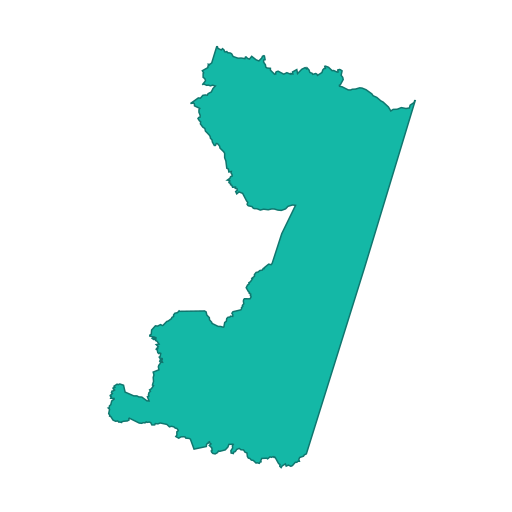 Colniza, Mato Grosso, Brazil, rotated 107°
{"feature_id": "56859067B44233830293285", "entity_name": "Colniza", "entity_type": "district", "adm_level": 2, "iso_a3": "BRA", "parent_name": "Brazil", "parent_adm1": "Mato Grosso", "projection": "robinson", "projection_center": [-60.12, -9.423], "detail": "fine", "context": "isolated", "style": "filled", "palette": "teal", "viewbox_px": 512, "rotation_deg": 107, "n_neighbors": 0, "source": "geoboundaries", "source_scale": "gbopen_adm2", "svg_char_len": 6057}
<svg xmlns="http://www.w3.org/2000/svg" viewBox="0 0 512 512"><g transform="rotate(107 256 256)"><path d="M67.3,354.8L84.3,354.8L86.1,356.1L86.6,357.7L87.4,356.7L88.3,357.5L89.9,357.1L94.5,361.5L96.2,359.6L97.0,359.9L100.6,358.8L101.3,356.9L102.8,355.7L103.5,355.6L107.9,357.4L106.8,356.2L107.2,353.1L106.5,351.5L106.6,349.3L105.3,347.4L105.3,344.6L108.4,346.1L112.2,346.7L114.8,349.3L116.5,349.6L116.8,351.5L117.9,353.8L121.3,355.3L121.7,357.4L129.3,363.2L128.0,360.4L128.4,359.5L130.4,358.7L131.3,352.9L132.8,353.3L135.2,352.6L137.8,350.5L139.6,350.1L140.3,351.3L141.5,351.7L143.2,349.7L143.8,348.2L145.9,347.8L148.3,344.6L149.0,342.2L151.3,340.9L154.1,335.9L155.4,334.5L156.5,334.2L157.9,332.0L159.8,331.0L162.5,328.2L162.1,327.1L160.0,326.9L159.8,325.7L161.4,323.1L163.4,321.9L165.8,317.3L167.0,316.0L171.2,314.7L173.9,312.6L180.6,309.6L180.9,307.9L183.6,306.5L182.4,304.3L183.8,304.2L185.0,302.8L186.5,302.2L187.6,303.5L189.3,303.7L191.8,305.6L191.4,303.4L191.9,302.9L193.3,303.6L194.0,302.8L193.9,301.6L195.3,301.2L195.4,299.9L197.1,298.5L196.1,295.8L197.4,295.6L197.1,293.9L198.6,293.1L200.3,294.3L202.2,292.6L199.7,291.0L200.0,287.1L206.1,281.1L207.0,279.6L209.2,279.6L209.9,278.7L210.2,278.0L209.9,274.3L210.9,273.0L211.2,271.6L210.5,268.9L210.8,265.3L209.0,262.4L208.2,257.8L206.4,254.7L205.7,252.1L205.7,248.6L205.0,245.1L202.3,241.5L199.1,239.9L196.5,235.9L196.0,233.0L227.1,237.9L258.4,238.4L259.9,239.0L260.1,241.5L264.2,244.3L265.7,244.6L265.5,245.2L266.0,245.5L267.6,245.8L268.8,248.1L270.7,249.3L271.7,251.1L274.3,252.1L275.9,251.5L278.1,253.2L278.6,253.4L278.7,252.7L282.2,253.8L283.6,255.0L284.5,254.4L286.3,255.6L289.2,256.1L292.4,252.7L292.7,251.6L293.7,251.5L294.0,249.9L295.5,249.8L295.9,249.0L297.2,248.8L298.7,249.3L300.3,254.6L301.3,255.0L302.8,254.9L305.3,253.7L307.2,254.6L308.2,254.0L309.5,254.8L310.4,254.4L311.9,254.7L316.0,261.7L317.8,262.3L319.1,260.9L320.6,260.6L321.0,262.8L322.2,263.2L322.7,264.8L324.3,265.7L327.2,265.3L328.7,266.5L333.2,266.0L333.7,266.6L333.7,269.0L334.4,271.7L333.3,278.4L332.4,278.9L330.6,281.8L328.6,282.6L326.8,285.8L324.1,287.3L323.6,289.1L331.2,312.7L330.9,313.5L333.1,314.5L334.5,316.9L336.5,317.6L338.0,317.1L339.2,318.4L340.7,318.6L343.8,320.9L344.7,322.2L349.6,324.7L349.9,325.3L349.5,327.2L351.8,329.6L352.2,331.8L357.3,334.2L361.4,333.3L362.7,334.4L363.6,334.2L363.4,330.6L364.1,330.5L365.1,331.3L365.8,329.4L365.5,328.7L363.3,329.3L363.4,327.8L366.2,327.2L366.5,325.6L368.6,323.0L369.9,325.5L371.3,322.9L372.3,323.5L373.2,322.9L373.6,324.1L374.5,324.1L374.6,323.0L377.1,321.7L377.7,320.4L376.9,319.9L377.0,318.6L380.2,318.3L381.0,319.0L381.8,318.1L381.5,315.7L382.2,315.4L382.7,315.7L383.2,317.2L384.8,317.3L384.9,316.7L384.1,316.7L383.6,315.4L385.0,314.3L385.5,316.4L386.5,316.1L389.0,317.0L390.5,317.0L393.2,315.6L397.1,320.4L399.6,318.8L402.2,318.8L405.9,317.3L409.7,317.3L410.0,316.1L413.6,317.3L415.1,318.6L416.2,317.4L418.0,318.4L420.1,318.3L421.2,317.5L422.3,318.7L425.9,315.9L426.4,318.0L424.3,323.9L425.0,326.9L424.6,328.9L425.5,332.0L424.4,341.4L418.3,344.9L418.2,348.8L419.3,350.2L419.2,351.4L422.0,353.7L422.9,352.6L424.0,354.1L424.6,353.9L425.5,352.1L426.7,353.0L427.2,354.2L428.9,354.3L429.6,353.1L431.7,354.5L432.4,353.6L432.6,354.2L433.7,353.1L434.5,353.3L433.7,350.1L434.3,349.8L436.8,351.6L440.7,351.4L442.1,352.3L444.1,352.0L444.6,352.8L445.4,351.2L449.8,350.8L451.1,349.2L451.9,349.2L452.1,347.8L454.7,344.8L455.1,341.9L454.2,340.1L455.0,338.5L454.6,338.0L454.5,335.9L453.9,335.9L452.8,334.4L451.4,330.9L450.0,329.5L448.7,330.1L448.1,329.8L449.9,318.9L449.4,316.3L448.4,315.3L448.0,313.3L446.7,312.5L447.0,311.6L446.0,309.5L446.1,308.0L448.0,306.2L447.4,304.2L447.1,303.5L445.7,303.3L445.2,300.7L443.7,298.8L443.1,292.0L444.7,288.8L443.6,287.2L443.4,284.7L444.2,282.9L444.0,281.3L445.2,279.6L445.8,279.3L447.3,280.3L450.4,279.3L452.1,279.9L452.8,276.6L450.9,274.9L449.9,272.1L449.8,270.9L450.7,269.9L450.0,266.5L450.3,265.2L458.8,258.8L452.7,247.8L450.8,248.2L449.6,247.8L449.1,247.0L448.1,247.1L447.3,246.2L448.2,245.8L448.9,244.1L450.8,245.3L452.4,242.2L454.9,241.1L455.5,241.8L456.5,241.1L457.4,239.6L457.2,237.2L455.2,235.3L453.5,234.9L453.4,233.6L450.4,228.7L446.9,227.0L444.1,226.9L442.8,223.4L442.8,222.7L444.4,223.1L446.4,222.2L449.5,223.1L451.7,222.2L451.5,219.9L450.3,220.1L449.0,218.6L446.6,217.9L445.2,216.2L444.9,215.7L445.7,213.8L445.1,211.2L446.8,209.2L447.0,207.1L450.3,205.6L451.5,204.2L451.4,202.7L452.5,200.8L452.3,198.8L454.0,195.4L453.4,194.6L453.3,192.2L451.9,191.9L451.3,191.0L450.4,191.6L447.9,191.3L446.2,186.6L446.6,185.6L444.0,183.9L444.0,182.3L442.9,181.0L443.3,179.9L442.8,179.8L442.9,178.9L448.0,173.6L448.3,172.1L450.1,171.8L451.0,170.1L449.1,169.6L446.2,167.1L448.1,165.7L446.5,163.9L446.9,161.2L445.8,159.9L441.8,158.1L441.4,156.7L440.0,155.8L439.6,154.5L438.0,155.6L435.9,155.3L433.6,152.1L432.0,151.6L430.5,150.0L235.7,148.8L60.9,149.2L61.0,149.7L63.0,149.7L66.7,152.7L69.6,152.6L71.1,155.7L71.6,160.4L74.4,163.9L75.7,167.7L77.9,169.5L74.8,172.9L71.6,179.5L71.1,182.1L69.0,186.9L68.5,190.9L67.1,192.6L64.8,199.4L64.4,203.7L64.9,206.1L67.3,209.7L68.4,212.7L69.6,214.1L70.2,216.4L69.0,223.2L69.3,225.7L68.3,226.2L67.5,225.4L61.8,224.2L59.8,225.3L58.3,227.4L53.8,227.8L53.2,229.7L53.2,230.7L54.2,232.2L56.0,231.3L56.4,232.1L55.9,236.0L56.5,237.4L54.3,241.8L54.1,245.1L54.5,245.7L56.3,244.5L56.8,245.7L58.4,246.5L61.3,246.6L65.3,250.0L64.4,250.8L64.0,252.2L65.7,254.8L64.9,255.7L64.7,258.2L62.6,259.7L61.1,262.3L62.2,262.5L61.5,264.1L64.0,266.8L69.4,269.6L65.8,271.5L69.3,274.9L71.2,274.0L71.3,276.0L72.0,275.9L71.7,280.1L74.0,282.6L72.8,288.9L73.9,290.5L75.2,290.8L76.1,290.3L76.8,291.3L74.1,296.5L72.3,297.1L73.0,300.3L72.5,301.9L70.4,302.9L68.4,305.4L66.3,306.0L65.6,304.7L62.3,306.4L62.1,307.0L63.1,308.2L65.0,308.4L68.6,310.3L68.4,313.1L66.3,318.5L69.6,319.8L69.5,321.8L68.5,323.8L68.9,324.3L70.5,324.3L71.0,327.9L72.1,331.0L71.9,336.2L69.7,338.5L69.4,340.1L69.9,342.4L69.0,343.7L69.7,344.5L69.8,345.8L68.5,346.6L67.5,348.6L69.1,349.5L68.6,353.1L67.1,354.1L67.3,354.8Z" fill="#14b8a6" stroke="#0f766e" stroke-width="1.5"/></g></svg>